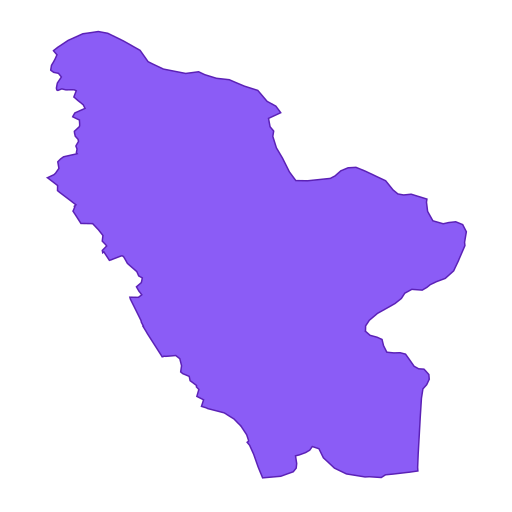 the district of Sanoyeah, Bong, Liberia, rotated 271°
{"feature_id": "62588387B99544432637290", "entity_name": "Sanoyeah", "entity_type": "district", "adm_level": 2, "iso_a3": "LBR", "parent_name": "Liberia", "parent_adm1": "Bong", "projection": "equal_earth", "projection_center": [-9.896, 7.035], "detail": "fine", "context": "isolated", "style": "filled", "palette": "violet", "viewbox_px": 512, "rotation_deg": 271, "n_neighbors": 0, "source": "geoboundaries", "source_scale": "gbopen_adm2", "svg_char_len": 3862}
<svg xmlns="http://www.w3.org/2000/svg" viewBox="0 0 512 512"><g transform="rotate(271 256 256)"><path d="M43.9,421.6L47.5,421.3L60.5,421.6L91.4,422.8L97.0,423.0L116.7,423.9L126.0,425.2L126.4,425.5L130.3,428.9L135.9,431.4L136.4,431.3L140.5,430.9L144.3,427.4L145.8,425.9L146.0,421.8L146.1,420.5L146.9,419.0L148.5,416.0L155.4,411.0L160.5,407.2L161.8,401.8L161.5,395.6L162.1,388.5L163.4,387.8L168.5,385.1L173.1,383.9L174.7,383.5L176.9,378.5L178.7,371.4L182.8,366.6L183.0,366.8L185.4,366.8L188.0,366.8L193.8,370.5L194.9,371.8L200.7,378.4L210.9,395.8L216.1,402.1L221.4,405.4L225.4,412.4L225.2,415.3L225.2,415.6L224.8,422.8L227.6,427.4L228.7,428.7L229.1,429.2L230.4,430.7L233.5,436.9L233.6,437.2L233.7,437.4L236.9,445.6L244.6,453.9L248.0,455.4L254.8,458.5L256.4,459.1L270.0,464.7L273.4,464.3L283.9,465.9L290.6,462.3L291.0,462.1L293.7,455.1L292.8,448.0L292.1,445.2L291.5,442.6L293.5,435.1L294.3,432.2L303.6,426.8L312.8,425.5L315.9,425.9L318.1,418.4L318.5,416.9L320.5,410.1L319.6,402.6L320.5,396.8L320.9,396.3L324.5,391.8L325.0,391.4L333.5,384.3L337.8,374.7L339.8,370.4L341.1,367.4L342.7,363.9L346.4,354.4L345.8,346.5L342.7,339.4L339.8,336.2L337.4,333.6L336.3,331.5L334.9,329.0L332.1,306.2L332.1,304.5L332.1,294.5L340.7,287.9L354.3,280.8L364.5,274.5L375.9,270.7L381.2,271.5L385.5,267.8L393.8,266.1L394.4,267.3L399.7,278.2L400.4,277.7L406.2,273.2L410.8,264.4L421.6,254.9L425.6,241.5L429.2,232.5L431.8,226.2L433.0,213.3L436.4,201.6L439.2,195.4L437.9,186.6L437.3,182.5L438.9,173.5L441.3,160.1L446.3,149.1L448.4,144.7L459.6,136.5L468.7,119.7L476.1,103.9L477.7,94.3L477.6,93.9L476.1,84.9L475.2,79.0L468.3,64.4L461.2,54.1L458.2,50.4L457.7,49.9L454.9,52.4L453.7,53.5L453.3,53.3L452.8,53.1L449.5,51.7L449.3,51.6L446.4,50.1L444.5,49.0L443.1,48.2L438.4,47.5L438.1,47.6L436.1,50.5L435.2,55.3L431.6,58.3L429.9,57.2L425.5,54.4L424.1,54.1L420.4,53.5L418.6,53.9L418.1,55.0L419.7,58.9L418.8,63.0L419.0,68.5L419.0,71.3L418.1,73.4L411.8,71.1L408.3,75.3L406.7,77.4L404.2,80.6L400.6,82.5L400.0,81.2L395.9,72.4L392.9,70.7L392.0,70.3L389.8,75.0L388.9,77.1L388.3,77.1L384.7,77.4L383.2,77.4L382.2,77.1L377.5,72.2L376.8,72.3L375.8,72.4L372.6,73.2L369.5,76.1L367.4,76.5L367.2,76.4L364.4,74.8L362.8,74.0L359.8,75.2L356.2,74.6L355.2,75.4L354.6,73.3L354.5,72.8L352.4,64.1L351.8,61.8L349.6,58.9L346.8,56.2L346.5,56.2L340.2,57.4L335.4,54.2L334.5,53.3L333.8,52.6L331.2,47.3L330.6,46.1L330.3,46.6L323.0,56.4L317.9,56.4L317.3,57.2L316.3,58.4L308.5,69.1L304.0,75.1L302.6,73.5L302.1,74.0L298.2,72.5L297.7,72.2L293.3,75.2L285.5,80.4L285.5,92.1L281.0,96.5L279.5,98.0L273.8,102.6L268.2,102.0L264.7,105.5L263.4,106.5L258.9,102.2L256.6,102.7L257.5,103.8L249.1,109.5L249.7,111.4L250.4,113.0L253.8,121.4L253.7,122.7L252.6,123.9L249.6,125.7L246.3,127.6L238.3,137.1L234.0,139.1L233.9,139.4L232.1,142.7L228.7,142.1L228.4,142.0L227.4,141.8L223.1,137.0L218.6,139.7L217.5,140.7L215.2,142.5L215.1,142.4L212.6,139.1L212.6,137.5L212.6,130.6L210.6,131.2L198.3,137.6L189.4,142.2L187.8,142.5L184.0,144.6L183.8,144.2L178.1,147.8L176.7,148.6L154.3,163.5L153.6,163.9L153.7,164.8L154.2,165.6L154.1,167.6L154.4,170.7L155.1,177.5L152.6,180.8L152.0,181.6L145.0,183.5L138.8,182.7L137.1,184.8L136.5,186.3L136.4,186.6L134.5,191.3L133.7,191.5L130.2,192.3L125.5,198.8L124.1,198.7L121.6,201.2L114.6,199.3L112.6,203.4L111.3,206.1L107.3,204.9L104.7,204.1L103.9,206.9L103.3,209.0L102.6,210.4L100.0,221.3L98.6,227.0L95.2,232.6L92.7,236.8L88.5,241.0L85.9,243.8L85.8,243.7L85.3,244.2L77.1,249.8L71.7,251.7L70.6,251.7L69.6,250.4L68.3,251.5L66.7,252.9L65.4,253.5L57.8,257.1L45.4,261.7L42.8,262.8L34.3,266.5L36.2,284.6L38.7,291.1L40.9,297.0L44.6,299.9L49.2,300.3L56.9,299.0L57.9,302.8L60.3,309.0L62.8,313.1L66.5,315.6L64.4,322.3L55.4,326.9L48.5,334.6L45.3,338.1L39.7,350.2L39.5,351.6L39.4,352.3L37.0,368.9L37.3,373.1L36.7,385.1L39.5,389.3L40.4,397.2L42.3,411.3L42.5,413.0L43.9,421.6Z" fill="#8b5cf6" stroke="#5b21b6" stroke-width="1.5"/></g></svg>